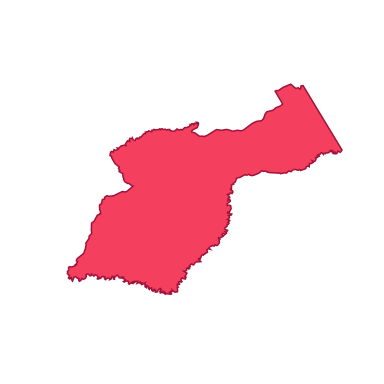 outline of Cristalina, Goiás, Brazil, rotated 59°
{"feature_id": "56859067B10276858229585", "entity_name": "Cristalina", "entity_type": "district", "adm_level": 2, "iso_a3": "BRA", "parent_name": "Brazil", "parent_adm1": "Goiás", "projection": "robinson", "projection_center": [-47.497, -16.702], "detail": "fine", "context": "isolated", "style": "filled", "palette": "rose", "viewbox_px": 384, "rotation_deg": 59, "n_neighbors": 0, "source": "geoboundaries", "source_scale": "gbopen_adm2", "svg_char_len": 6103}
<svg xmlns="http://www.w3.org/2000/svg" viewBox="0 0 384 384"><g transform="rotate(59 192 192)"><path d="M233.3,41.8L157.9,42.0L157.2,43.9L159.2,45.5L159.4,46.6L157.5,47.1L156.6,49.7L150.4,51.9L149.2,60.2L149.6,65.6L148.5,67.3L148.4,68.8L163.2,69.0L163.8,71.7L163.0,76.4L163.6,80.5L161.8,86.4L162.6,88.8L166.0,93.0L166.7,95.7L164.8,100.0L164.2,104.7L165.4,116.1L165.0,118.2L162.5,121.2L160.8,125.9L157.3,128.8L156.0,130.5L154.4,134.8L151.1,138.9L151.3,150.0L150.6,153.4L149.8,153.8L148.0,156.9L142.4,159.3L140.9,161.2L139.7,161.0L139.1,158.8L139.5,154.3L136.9,151.2L135.6,151.0L134.6,152.3L135.7,152.2L135.4,153.5L134.4,154.4L134.4,155.3L135.2,155.8L133.7,156.4L133.4,157.1L134.1,158.1L133.1,158.9L134.5,160.3L134.0,163.4L133.0,165.1L133.8,168.5L132.5,169.4L132.6,170.8L130.3,172.3L130.9,173.0L130.4,173.4L130.8,176.2L128.2,179.1L127.0,178.8L125.9,180.8L126.0,181.8L124.2,182.8L123.9,184.3L122.4,185.0L122.1,185.9L122.4,186.8L121.2,187.1L121.3,188.3L120.1,191.0L118.7,192.5L119.1,193.0L118.4,194.5L119.6,195.4L117.3,197.7L117.7,198.2L116.6,201.3L117.9,201.9L117.3,203.5L118.6,207.2L118.0,208.8L119.0,210.2L118.6,210.9L117.5,211.1L117.3,212.2L118.6,214.5L117.1,215.5L114.8,215.3L115.3,215.9L114.0,217.7L114.7,218.8L116.6,219.3L114.9,220.9L116.4,224.1L118.1,224.8L117.2,225.3L116.0,228.7L116.7,232.4L115.7,233.5L117.4,233.5L117.0,236.0L115.5,237.0L117.2,239.0L115.7,240.2L116.1,241.4L118.4,243.5L120.2,242.7L122.0,243.3L128.1,243.3L132.6,241.6L133.5,241.7L133.7,242.8L136.4,242.8L136.5,243.8L137.1,243.9L140.6,241.9L143.9,243.5L144.8,243.3L146.0,244.2L148.8,244.2L151.6,242.8L152.2,241.6L155.9,240.3L156.6,239.5L158.0,247.7L157.3,249.7L155.7,251.4L154.9,260.9L153.0,265.3L151.3,266.9L151.5,269.5L153.0,270.8L152.3,272.7L155.5,275.8L155.3,277.4L155.8,278.2L159.3,280.1L162.4,280.8L163.0,282.1L163.6,281.9L163.1,285.1L166.6,290.9L166.9,294.1L173.2,298.2L175.2,298.8L176.2,300.2L176.8,302.9L178.7,304.1L181.2,309.4L182.6,309.8L185.4,312.3L188.8,316.4L189.9,324.2L190.6,325.8L191.5,326.6L193.0,326.0L193.9,328.3L194.8,328.5L194.2,329.7L195.0,330.1L194.4,333.7L193.0,335.4L193.0,336.6L195.4,337.9L196.1,339.8L197.1,340.0L197.5,340.8L199.2,340.7L200.5,339.8L202.0,342.2L203.5,341.7L203.6,341.0L202.9,340.4L203.3,339.5L205.4,340.4L206.8,340.3L204.1,336.6L204.9,335.1L206.6,334.8L208.2,333.5L208.9,334.4L210.5,334.6L210.6,332.9L209.4,331.1L210.9,330.2L211.1,327.7L209.7,325.7L208.8,325.8L208.1,325.0L208.7,323.4L211.4,322.6L211.7,321.5L210.5,320.4L213.6,319.4L212.9,317.6L215.3,316.3L217.2,316.9L217.6,317.9L218.2,317.5L218.6,316.6L217.7,315.5L219.0,314.8L218.1,312.7L219.3,311.1L220.2,311.3L220.0,310.5L221.2,310.5L222.1,311.6L222.7,311.1L222.2,310.1L222.9,307.7L223.9,307.1L224.7,307.8L224.9,305.5L224.0,305.3L222.7,303.3L223.6,303.8L225.0,303.3L226.3,304.0L226.9,303.4L224.6,302.1L225.3,301.1L224.6,299.8L224.9,298.8L228.0,298.5L228.8,297.9L228.7,295.9L229.7,294.6L230.0,296.1L232.7,294.2L233.3,294.6L233.4,296.9L234.3,296.5L234.3,294.3L236.2,292.4L237.6,293.5L238.7,293.4L238.4,290.5L238.9,288.4L239.9,288.6L240.0,287.4L239.0,287.2L240.5,284.5L242.0,286.3L242.4,282.9L243.2,283.5L244.1,281.9L244.4,283.0L245.5,282.9L245.8,279.3L246.3,280.4L247.1,279.7L249.0,281.1L250.4,280.4L248.4,279.6L249.2,278.7L250.3,279.0L250.2,278.2L251.8,278.0L252.5,278.9L253.6,278.7L253.1,277.3L253.5,276.0L255.5,277.1L257.0,276.5L256.8,275.8L256.0,276.0L256.2,274.2L257.1,274.7L257.6,274.0L258.6,275.1L259.2,274.7L259.8,272.7L258.9,272.3L258.2,268.9L259.0,268.5L260.9,270.9L262.1,271.1L261.6,269.4L262.4,270.1L263.0,269.4L262.7,267.5L264.3,266.7L264.8,268.0L265.9,267.4L265.9,266.4L268.6,263.0L268.8,262.0L267.1,261.9L267.0,259.8L265.8,259.4L268.9,258.5L270.0,256.3L269.7,255.4L266.5,253.9L266.5,252.7L264.9,253.0L263.5,252.1L264.7,251.0L264.6,250.0L262.1,250.0L262.6,248.3L263.7,247.8L263.7,246.8L261.3,246.7L260.5,244.7L261.5,244.4L263.2,242.5L261.9,241.0L260.9,241.7L259.0,238.1L255.7,239.8L256.5,238.3L256.3,236.8L254.8,236.0L254.6,235.2L256.4,234.4L256.4,233.5L254.9,233.4L255.1,232.0L253.8,232.0L253.4,229.4L255.2,228.6L255.3,227.9L254.3,226.3L254.1,223.5L254.8,223.2L256.2,220.3L252.7,221.0L252.8,219.8L253.6,219.3L251.3,216.5L251.1,215.3L252.0,214.7L251.4,213.7L251.9,213.0L251.4,212.2L251.7,209.8L249.1,209.0L249.2,207.0L250.4,205.9L248.7,206.3L248.1,204.4L248.6,202.7L248.3,202.0L249.8,200.9L249.0,199.5L250.4,198.8L250.8,197.5L249.6,194.6L247.5,193.6L247.0,192.6L245.6,193.4L244.9,192.6L245.9,191.9L246.0,188.2L245.8,187.4L244.3,188.4L243.5,187.7L243.5,186.5L245.4,185.7L245.0,183.7L243.3,184.0L244.2,183.1L243.1,181.2L241.4,182.8L240.6,183.0L239.7,182.3L239.4,179.6L238.0,178.7L238.4,177.8L237.8,176.3L236.4,177.0L236.0,174.5L233.8,175.7L234.2,174.3L233.2,173.6L233.1,172.9L231.7,172.4L231.0,172.7L232.0,170.0L231.3,169.3L230.9,170.5L229.8,170.7L228.4,172.3L227.6,171.7L228.5,170.4L226.4,167.0L223.6,165.9L222.3,167.1L221.6,168.7L220.2,168.1L219.7,164.0L218.8,163.4L217.6,163.9L217.6,165.6L216.3,164.3L215.9,163.6L216.3,162.7L215.7,162.3L212.5,162.9L213.2,160.8L212.6,160.6L212.9,159.1L214.0,158.5L213.2,157.1L212.1,156.6L210.9,157.4L209.8,156.6L209.4,157.4L208.2,155.5L206.3,154.6L206.7,152.3L205.9,152.3L205.6,149.6L203.1,146.7L204.2,143.3L204.4,137.5L205.4,137.0L206.0,135.7L206.1,134.1L207.4,133.7L208.9,132.1L209.5,130.3L210.3,125.2L209.7,121.0L211.0,120.3L211.9,118.2L213.9,117.1L215.5,115.3L221.1,107.0L221.9,106.7L223.2,102.9L224.4,101.3L223.8,98.3L225.6,96.7L225.0,93.7L226.0,91.7L228.1,89.8L228.1,88.4L228.6,87.8L229.4,87.9L230.5,83.3L230.3,82.1L229.5,81.6L229.3,79.3L230.7,78.5L228.0,76.7L229.0,75.5L229.1,72.9L227.2,72.9L228.7,71.9L228.8,70.0L227.0,68.2L226.2,68.3L226.9,66.7L225.6,66.1L226.8,65.2L226.9,64.4L225.0,64.6L225.6,62.8L224.9,60.9L225.2,60.3L227.5,60.0L226.9,59.3L227.8,57.8L227.4,57.0L228.6,55.1L228.4,53.1L228.8,52.3L227.8,52.2L228.7,50.3L229.4,51.0L230.2,50.3L230.9,50.3L230.9,51.3L232.0,51.0L233.0,49.5L231.8,48.9L233.5,48.6L233.5,47.7L232.2,46.0L234.4,44.4L233.3,41.8ZM267.1,261.9L266.5,262.8L266.1,262.0L266.4,261.2L267.1,261.9ZM238.9,289.7L239.3,290.4L239.8,289.9L238.9,289.7ZM263.6,267.1L263.7,268.2L264.0,267.7L263.6,267.1Z" fill="#f43f5e" stroke="#9f1239" stroke-width="1.5"/></g></svg>